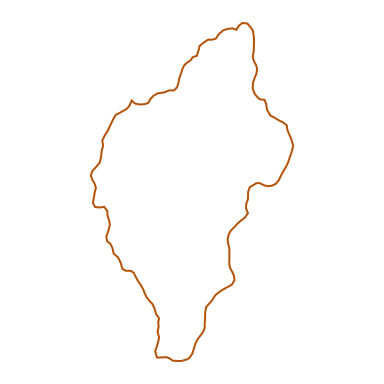 outline of Santa Helena de Minas, Minas Gerais, Brazil
{"feature_id": "56859067B7306542028924", "entity_name": "Santa Helena de Minas", "entity_type": "district", "adm_level": 2, "iso_a3": "BRA", "parent_name": "Brazil", "parent_adm1": "Minas Gerais", "projection": "natural_earth1", "projection_center": [-40.656, -16.909], "detail": "fine", "context": "isolated", "style": "outline", "palette": "amber", "viewbox_px": 384, "rotation_deg": 0, "n_neighbors": 0, "source": "geoboundaries", "source_scale": "gbopen_adm2", "svg_char_len": 2334}
<svg xmlns="http://www.w3.org/2000/svg" viewBox="0 0 384 384"><path d="M252.8,30.4L250.0,26.6L247.3,23.5L242.4,23.0L238.9,25.6L236.4,29.8L232.6,28.4L227.9,28.8L223.1,30.4L218.7,34.3L215.9,38.6L212.2,39.7L208.1,39.7L204.0,42.4L199.7,45.8L198.4,50.8L196.8,55.9L192.7,57.2L190.6,60.3L186.9,62.8L184.1,65.4L182.5,69.0L180.7,74.5L179.1,78.9L178.4,82.9L177.2,87.1L174.0,90.4L169.1,90.4L164.1,92.5L158.0,93.2L153.6,95.7L150.5,98.9L148.1,103.0L144.4,104.2L139.8,104.5L134.9,103.5L131.7,100.5L129.7,105.4L127.2,108.5L123.0,111.0L119.0,113.3L115.9,114.7L113.4,118.8L111.2,123.4L109.5,127.0L107.6,130.9L104.8,135.3L102.3,140.5L103.1,145.7L101.6,151.3L101.1,156.9L99.8,162.5L95.9,167.2L92.4,171.0L90.8,175.4L92.4,179.9L94.3,183.1L95.9,187.5L94.7,192.6L94.0,196.8L92.9,202.8L95.0,207.0L99.5,207.5L104.1,206.8L107.2,210.8L107.6,215.7L109.0,220.1L109.9,224.3L109.0,228.5L107.8,232.7L106.3,236.3L107.0,241.0L110.6,244.1L112.6,248.5L113.6,253.5L118.1,257.5L120.8,263.0L122.3,268.7L125.8,270.8L130.6,270.8L133.6,272.7L135.8,277.0L138.2,281.4L140.7,284.8L143.3,289.6L144.8,293.5L146.9,297.8L149.8,301.2L152.4,304.0L154.4,308.1L156.1,314.0L159.1,318.4L158.2,322.2L158.6,326.8L157.6,331.8L159.1,337.5L157.6,344.1L155.2,351.4L157.0,357.6L161.9,357.4L166.6,357.2L169.7,358.4L172.7,360.7L176.8,360.9L181.1,361.0L186.6,359.6L189.5,357.8L192.3,353.7L194.1,348.1L195.2,344.1L197.2,339.9L200.4,335.6L202.9,332.3L204.7,327.8L204.7,323.2L205.1,319.2L205.2,312.5L206.1,307.2L208.8,304.0L212.2,300.3L215.2,295.3L219.6,291.7L223.1,289.5L226.5,287.6L231.7,284.8L234.4,280.5L234.1,276.1L232.4,272.3L229.9,267.5L229.2,263.4L229.4,259.5L229.4,254.2L229.4,248.8L228.1,243.3L227.6,239.0L228.7,234.6L230.6,230.8L234.8,226.6L238.5,222.6L241.9,219.9L245.1,217.3L247.9,213.2L246.0,208.2L246.2,204.1L248.0,198.9L248.1,191.9L249.8,187.1L253.4,185.1L256.2,183.2L259.6,183.1L263.9,185.2L267.4,186.2L271.6,185.8L275.7,183.9L278.9,180.1L281.1,175.3L283.4,171.0L285.7,167.3L287.7,163.5L289.5,158.2L291.6,152.3L293.2,145.8L291.3,139.1L288.8,133.4L287.3,129.6L286.8,125.4L283.0,122.4L278.4,120.1L274.4,117.6L270.3,115.5L267.0,109.6L266.2,104.2L264.6,99.9L259.8,99.3L256.8,96.5L254.6,93.6L252.7,88.5L253.0,82.8L254.6,78.0L256.4,73.6L257.1,69.2L256.2,65.4L253.9,61.2L252.7,56.9L253.7,51.5L253.9,45.0L254.1,39.9L253.7,35.8L252.8,30.4Z" fill="none" stroke="#b45309" stroke-width="2"/></svg>